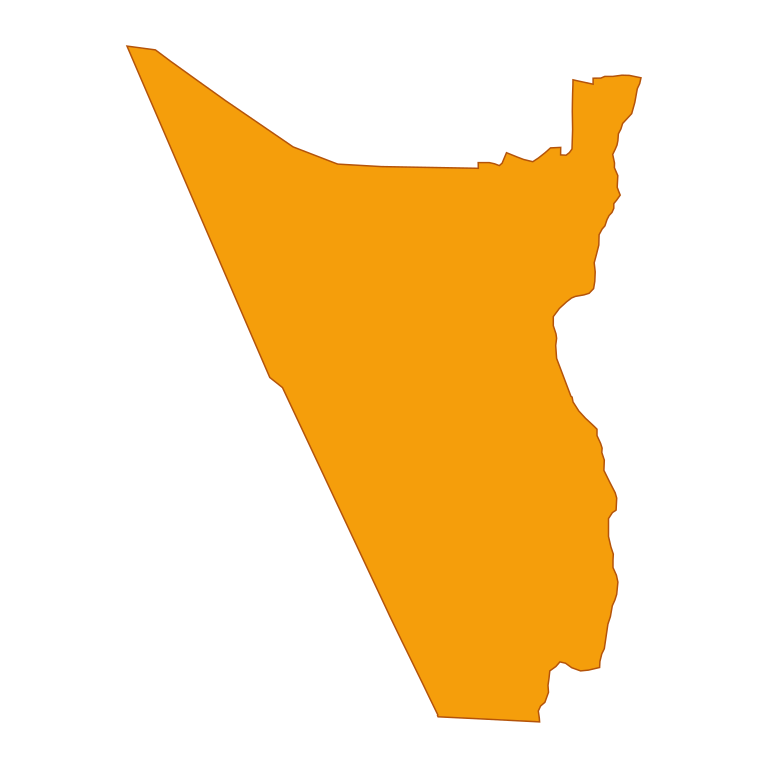 the district of Um Durman, Khartoum, Sudan
{"feature_id": "16777658B47170165092486", "entity_name": "Um Durman", "entity_type": "district", "adm_level": 2, "iso_a3": "SDN", "parent_name": "Sudan", "parent_adm1": "Khartoum", "projection": "mercator", "projection_center": [32.429, 15.44], "detail": "fine", "context": "isolated", "style": "filled", "palette": "amber", "viewbox_px": 768, "rotation_deg": 0, "n_neighbors": 0, "source": "geoboundaries", "source_scale": "gbopen_adm2", "svg_char_len": 2056}
<svg xmlns="http://www.w3.org/2000/svg" viewBox="0 0 768 768"><path d="M599.6,667.5L599.6,667.4L599.9,661.5L601.8,653.8L604.3,648.7L607.9,624.2L610.4,616.6L612.3,605.8L614.9,600.0L616.7,594.3L617.9,582.1L616.4,575.2L613.0,567.6L613.0,560.1L613.3,554.1L610.9,546.9L608.5,536.5L608.5,518.6L612.4,512.6L616.1,510.1L616.7,498.1L615.2,492.8L609.7,482.1L603.9,470.4L604.3,460.1L601.8,452.5L602.1,448.1L600.6,443.4L597.0,435.6L597.0,429.2L594.2,426.4L585.4,418.2L578.8,411.0L573.0,401.9L572.1,397.1L570.9,396.2L556.6,358.4L555.7,345.5L556.6,338.3L556.0,333.9L553.3,325.7L553.3,316.6L559.4,308.4L566.6,301.8L571.5,298.0L575.4,296.4L583.9,294.9L589.1,293.3L593.6,288.6L594.8,281.3L595.2,271.9L594.2,262.8L595.3,258.7L596.4,254.6L598.8,245.1L599.1,234.7L602.1,229.1L604.9,225.9L607.0,219.6L609.1,215.5L612.0,212.4L613.8,208.3L613.8,203.6L616.6,200.2L620.2,195.1L618.6,191.1L617.2,187.3L617.8,175.6L614.4,167.7L614.5,163.0L612.7,154.4L615.1,149.5L617.0,145.1L617.9,140.6L618.4,133.8L620.9,129.0L622.6,123.5L631.7,113.6L634.8,102.5L637.3,88.7L639.7,83.6L641.0,77.8L629.4,75.4L621.9,75.2L612.9,76.4L604.8,76.4L600.8,78.1L593.1,78.2L593.1,84.2L579.2,81.2L573.0,79.8L572.9,85.4L572.6,93.7L572.4,103.5L572.3,111.4L572.6,129.5L572.0,149.0L569.4,152.6L566.1,155.2L560.6,154.9L560.7,147.4L550.5,147.9L545.0,152.8L538.4,158.0L532.8,161.7L523.7,159.5L517.4,157.1L506.5,152.7L504.9,156.5L502.1,163.2L499.3,165.6L494.6,163.8L489.3,162.6L484.2,162.6L478.2,162.6L478.3,168.3L381.4,166.6L337.8,164.1L334.0,162.7L293.1,146.9L225.3,100.5L198.6,81.4L170.6,61.3L155.4,49.9L130.9,46.6L127.0,46.1L142.2,81.5L162.8,129.2L198.2,211.5L219.5,260.9L220.2,262.6L252.9,338.4L269.8,377.5L282.5,387.6L317.6,462.3L341.3,512.8L387.9,612.0L389.6,615.7L402.1,641.6L406.4,650.3L423.7,685.7L428.8,696.3L437.8,714.8L437.5,715.6L438.1,716.8L477.3,718.7L539.6,721.9L539.3,718.0L538.3,711.0L540.6,706.0L544.9,702.3L548.5,692.3L548.0,685.4L549.0,678.3L549.8,670.9L555.9,666.5L559.9,661.9L565.5,663.2L571.7,667.7L580.6,670.9L588.5,670.1L599.6,667.5Z" fill="#f59e0b" stroke="#b45309" stroke-width="1.5"/></svg>